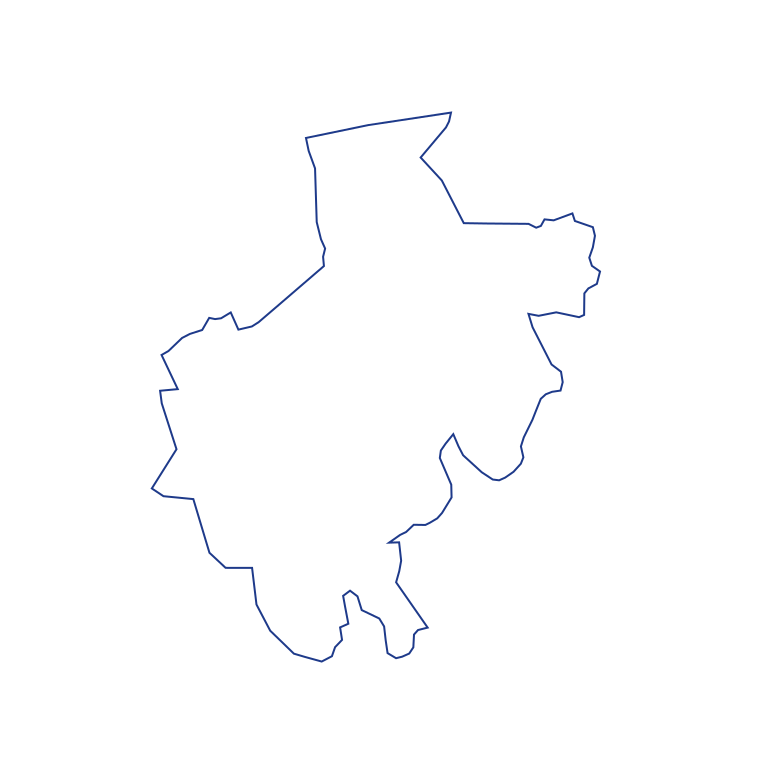 Alexandria, Rio Grande do Norte, Brazil (Equal Earth projection), rotated 336°
{"feature_id": "56859067B36887412896475", "entity_name": "Alexandria", "entity_type": "district", "adm_level": 2, "iso_a3": "BRA", "parent_name": "Brazil", "parent_adm1": "Rio Grande do Norte", "projection": "equal_earth", "projection_center": [-37.977, -6.367], "detail": "fine", "context": "isolated", "style": "outline", "palette": "blue", "viewbox_px": 768, "rotation_deg": 336, "n_neighbors": 0, "source": "geoboundaries", "source_scale": "gbopen_adm2", "svg_char_len": 1702}
<svg xmlns="http://www.w3.org/2000/svg" viewBox="0 0 768 768"><g transform="rotate(336 384 384)"><path d="M555.6,163.3L475.0,141.1L412.8,127.5L410.0,140.4L408.7,159.0L388.4,208.7L385.3,226.1L385.3,236.3L380.1,243.0L377.1,251.8L363.8,255.8L315.5,270.3L294.7,276.5L286.7,277.7L273.1,275.1L273.1,256.3L261.9,257.7L256.1,256.0L251.2,252.5L239.9,260.7L227.1,259.3L218.3,259.8L200.5,266.2L192.6,267.0L193.5,304.8L176.7,299.1L173.1,311.3L167.9,359.2L129.4,385.0L136.9,396.8L163.0,411.6L157.2,456.9L155.9,467.2L164.5,487.5L188.7,498.3L177.8,533.6L179.7,563.1L192.0,593.7L200.8,601.2L214.2,612.2L225.7,611.5L232.3,604.5L241.6,600.7L244.9,588.5L253.9,588.5L258.0,571.1L260.5,560.9L268.9,559.0L273.4,567.2L271.7,581.5L284.3,596.3L285.5,605.5L281.3,618.8L277.8,631.3L283.5,639.4L289.7,640.5L297.4,640.5L303.7,636.5L309.5,625.1L315.0,622.6L324.8,624.3L314.4,570.1L321.8,561.2L327.8,552.4L333.4,534.8L324.1,531.0L337.4,528.4L344.0,528.2L353.9,524.7L364.5,529.6L369.5,529.4L378.0,528.4L384.6,525.4L399.6,515.1L404.5,503.3L404.9,474.3L408.9,467.9L416.1,463.5L426.9,458.0L426.7,471.2L427.3,481.3L437.4,504.4L444.5,515.5L450.0,518.8L456.6,518.8L466.6,516.9L476.6,512.5L481.5,507.7L483.7,496.7L490.0,489.6L505.0,477.1L511.7,470.5L521.2,461.3L527.6,459.2L534.4,459.5L542.6,461.8L548.0,455.0L550.7,444.8L545.0,434.3L542.8,392.6L544.5,378.7L553.0,384.6L570.5,388.6L589.4,402.3L594.9,402.3L603.9,382.7L609.6,379.8L619.2,379.1L627.1,369.1L622.0,360.6L622.9,352.1L630.4,344.1L637.0,334.4L638.6,325.7L624.7,312.7L625.5,304.8L605.6,303.5L597.6,298.9L591.6,303.4L586.6,303.1L581.2,296.5L543.0,279.1L522.3,269.5L519.6,221.6L509.6,192.0L545.0,174.8L550.2,170.6L555.6,163.3Z" fill="none" stroke="#1e3a8a" stroke-width="2"/></g></svg>